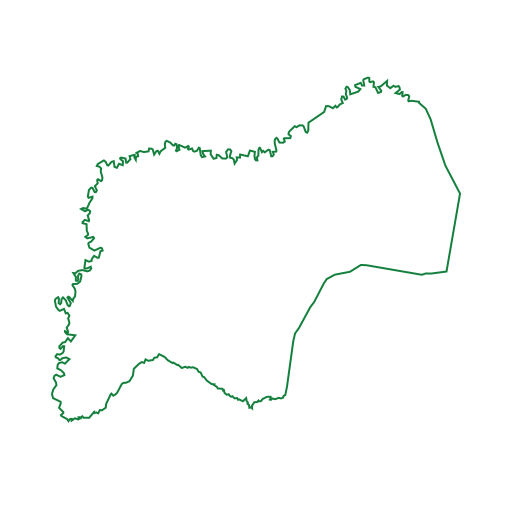 the district of Srei Snam, Siemréab, Cambodia, rotated 10°
{"feature_id": "14789045B20836207890742", "entity_name": "Srei Snam", "entity_type": "district", "adm_level": 2, "iso_a3": "KHM", "parent_name": "Cambodia", "parent_adm1": "Siemréab", "projection": "natural_earth1", "projection_center": [103.506, 13.832], "detail": "fine", "context": "isolated", "style": "outline", "palette": "green", "viewbox_px": 512, "rotation_deg": 10, "n_neighbors": 0, "source": "geoboundaries", "source_scale": "gbopen_adm2", "svg_char_len": 5928}
<svg xmlns="http://www.w3.org/2000/svg" viewBox="0 0 512 512"><g transform="rotate(10 256 256)"><path d="M100.0,451.2L101.3,448.7L102.8,448.4L103.1,450.1L105.8,447.3L109.3,447.8L110.0,447.2L109.2,445.7L110.7,445.3L111.7,446.1L112.7,444.0L114.3,445.2L119.8,444.3L123.6,437.7L124.2,438.7L125.7,437.8L127.8,438.4L129.1,434.7L131.1,434.7L134.4,431.4L134.1,427.7L137.0,417.2L137.5,416.6L139.6,418.3L141.1,417.3L143.0,414.8L146.0,405.5L147.5,403.9L149.8,403.5L153.1,401.3L155.5,395.3L155.3,388.3L159.4,382.6L161.9,380.3L164.4,380.7L165.2,377.0L168.0,377.9L172.6,376.3L173.5,373.9L176.2,373.0L177.6,369.5L183.6,371.3L187.3,374.0L192.3,375.9L193.0,375.3L197.6,377.1L198.3,376.7L202.4,379.2L205.7,377.3L208.1,378.0L209.2,376.9L211.3,377.3L213.3,376.5L217.5,377.5L219.6,380.0L221.7,380.3L224.4,384.1L226.0,384.3L229.3,387.3L234.4,389.8L237.3,389.6L237.1,390.4L239.9,391.5L241.5,393.1L246.1,392.6L246.9,394.2L247.7,393.7L248.8,396.3L251.3,397.7L253.1,396.9L254.4,398.3L256.1,398.9L257.1,398.2L259.6,399.9L262.0,399.2L263.3,400.7L264.0,400.1L268.3,401.3L271.0,397.7L271.9,400.4L273.6,402.0L273.3,403.1L275.0,403.9L275.8,406.6L277.2,405.9L278.6,406.7L278.0,404.3L279.7,400.3L282.4,399.7L283.5,398.0L284.1,398.7L286.2,398.0L287.3,395.7L291.2,392.8L294.8,392.1L295.3,393.4L294.6,395.0L295.6,395.1L296.8,393.5L299.7,393.7L302.9,391.8L305.4,391.9L307.2,390.9L307.5,388.9L309.0,387.9L309.2,379.1L307.5,333.4L307.9,325.5L310.8,319.5L318.4,296.8L321.3,291.2L327.6,271.0L329.7,266.4L336.9,260.7L351.3,255.2L360.9,246.6L366.5,245.9L422.5,245.7L426.3,243.7L431.5,242.9L446.3,238.2L446.1,159.1L426.9,134.2L415.2,113.1L404.2,91.0L397.6,81.5L390.0,76.9L389.8,75.8L382.6,76.1L379.4,77.1L378.9,76.4L379.2,72.1L378.0,71.1L375.4,71.3L373.1,73.4L372.1,72.8L372.0,69.2L371.2,69.1L369.2,71.6L365.2,71.3L368.8,67.1L368.0,65.0L366.9,63.9L364.0,65.2L361.9,64.5L359.1,67.4L355.3,65.4L354.7,60.8L349.5,67.2L347.1,68.2L350.7,71.6L350.5,72.9L347.9,74.2L344.3,69.1L342.3,69.0L342.0,64.4L340.9,63.7L338.3,65.0L337.4,64.6L336.6,61.0L335.3,60.9L331.5,63.2L331.1,64.3L333.0,69.3L330.8,69.7L329.1,67.3L323.9,70.5L324.5,72.1L329.8,73.5L328.1,76.4L320.8,80.4L319.5,76.2L317.0,73.7L315.8,73.6L315.0,75.7L316.3,77.8L316.3,80.9L318.3,84.4L318.1,85.5L316.6,86.5L314.5,83.8L313.0,84.0L312.8,87.1L314.9,90.3L312.2,92.2L310.3,95.4L309.6,95.7L308.1,94.3L306.1,97.1L301.8,95.8L299.0,96.2L298.1,102.3L284.5,115.6L285.7,123.3L284.9,125.7L283.4,125.2L280.6,120.3L279.3,119.3L276.1,119.8L273.5,122.1L271.7,121.4L267.6,127.0L266.8,128.4L266.9,130.5L269.5,131.9L269.2,134.0L263.4,135.1L263.0,135.7L264.5,138.3L263.1,139.7L259.4,140.2L256.7,136.7L255.6,136.1L255.0,136.8L254.3,138.6L254.9,141.9L257.8,148.5L257.8,149.6L254.5,150.5L255.9,153.0L255.0,154.9L253.7,155.2L251.2,149.4L249.6,149.2L246.7,152.4L244.8,151.2L243.8,152.7L241.3,148.9L240.6,148.8L240.0,150.8L240.9,156.8L239.7,158.7L240.8,161.6L239.4,161.8L238.2,160.9L237.1,157.6L236.8,153.6L231.7,153.2L230.7,159.2L222.8,158.8L223.1,161.9L219.9,162.2L220.6,164.9L218.9,168.7L217.3,164.8L215.3,163.6L213.6,163.8L212.9,162.1L213.5,157.0L212.0,155.6L210.0,155.8L208.5,158.7L210.6,163.8L209.4,165.3L205.8,165.8L201.8,163.2L199.8,163.1L200.0,166.4L197.4,167.6L193.7,163.8L193.2,160.1L185.1,162.0L186.2,164.7L188.5,166.8L185.6,168.0L184.0,166.1L181.9,159.6L181.0,159.2L179.4,162.8L177.1,163.9L175.9,163.6L174.3,161.2L171.2,162.9L170.3,162.3L170.9,160.0L170.1,159.4L167.4,161.6L160.9,160.0L160.4,160.8L162.2,164.7L159.6,166.6L158.9,166.2L159.5,163.0L158.2,159.7L157.0,159.5L156.1,161.5L155.1,161.5L151.7,159.1L148.0,158.1L146.9,159.4L146.8,161.7L147.8,165.3L143.9,169.4L143.1,172.1L141.0,169.4L139.6,170.1L138.1,173.8L135.7,168.9L134.2,168.5L132.1,168.7L132.0,171.6L127.5,173.1L123.6,172.7L120.5,175.1L122.0,176.3L122.6,178.2L120.6,179.1L120.9,182.2L119.1,180.0L118.9,177.4L114.2,179.6L115.5,182.4L112.9,186.5L111.9,186.6L110.6,182.7L106.0,182.5L105.2,183.3L105.7,184.2L108.6,185.8L108.9,189.7L105.0,189.0L103.7,193.3L101.2,192.8L99.4,187.3L97.3,188.5L94.8,192.6L93.9,192.5L91.5,189.3L89.6,188.3L84.2,192.9L83.6,195.0L86.2,195.2L88.3,196.7L88.4,199.7L91.1,205.3L91.3,208.0L90.4,209.2L87.1,207.8L86.4,208.8L87.5,211.9L85.2,215.2L87.9,219.1L87.2,220.9L86.0,221.1L83.1,217.3L81.8,217.3L80.0,220.0L80.1,226.8L81.1,227.8L84.6,225.9L84.9,227.6L82.8,232.4L81.5,237.7L80.5,238.8L77.4,238.8L75.6,240.1L79.8,241.6L82.7,239.6L84.9,240.6L84.8,242.8L83.2,245.4L85.5,249.8L85.3,250.8L81.2,250.1L79.3,252.7L79.5,253.8L83.6,254.1L85.0,260.6L86.7,263.0L86.8,264.5L84.6,266.8L86.7,267.9L92.5,265.5L93.4,266.7L91.2,270.4L88.9,272.1L88.7,273.1L90.5,276.7L95.9,278.7L101.5,274.8L103.0,275.2L104.0,277.3L102.0,278.3L101.5,284.9L100.4,285.3L96.5,284.0L94.8,287.5L94.9,289.5L92.3,290.6L88.8,289.6L89.0,297.5L89.8,298.0L92.1,297.4L95.1,295.3L95.9,297.0L94.8,299.2L92.5,300.4L87.5,300.0L83.4,301.5L81.1,304.4L79.1,304.5L82.4,308.1L82.7,311.1L83.4,311.7L84.6,311.4L85.0,310.2L84.2,306.3L85.1,304.0L87.1,304.5L87.6,306.5L87.2,311.7L84.9,314.4L80.5,315.5L80.3,316.6L83.4,319.9L84.4,322.3L84.8,327.2L83.4,329.9L83.4,332.1L79.2,328.9L78.3,328.6L77.5,329.6L81.8,334.6L81.3,337.5L80.7,338.0L79.0,337.0L76.4,332.7L73.1,330.3L72.0,332.2L72.3,336.2L71.5,337.5L69.9,336.8L69.3,332.2L68.3,330.9L66.0,333.1L65.7,335.0L67.9,340.7L70.8,343.4L72.3,344.1L76.1,341.4L78.6,345.5L80.2,344.7L82.6,347.1L81.9,350.1L83.8,354.1L83.7,355.9L82.0,359.5L84.2,363.4L83.9,364.2L81.0,363.3L81.2,364.1L83.5,365.9L91.8,365.5L88.5,372.3L85.0,369.6L83.0,373.9L80.6,374.9L78.0,379.1L78.5,380.9L79.6,381.4L81.7,378.2L82.8,378.2L83.1,383.4L82.4,385.1L80.2,387.1L77.2,387.2L76.0,389.5L76.3,390.5L79.1,391.3L80.3,392.5L81.5,392.3L82.9,390.4L86.7,388.9L90.2,390.0L86.5,395.2L83.6,394.3L80.5,395.6L79.6,397.6L79.8,401.2L83.6,402.3L87.3,404.8L88.0,406.6L84.5,408.9L79.9,407.6L78.4,408.8L77.9,411.5L81.0,415.3L81.9,417.8L79.6,422.5L79.0,427.2L80.8,431.2L88.9,433.5L89.3,435.2L88.4,439.7L93.3,443.1L93.5,444.1L91.5,446.5L92.1,447.3L98.5,449.5L100.0,451.2Z" fill="none" stroke="#15803d" stroke-width="2"/></g></svg>